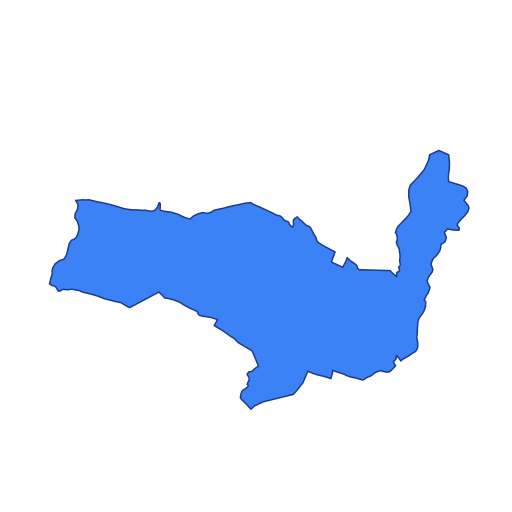 Teteles de Avila Castillo, Puebla, Mexico (Albers equal-area conic projection), rotated 195°
{"feature_id": "50627088B73546820144927", "entity_name": "Teteles de Avila Castillo", "entity_type": "district", "adm_level": 2, "iso_a3": "MEX", "parent_name": "Mexico", "parent_adm1": "Puebla", "projection": "albers", "projection_center": [-97.454, 19.852], "detail": "fine", "context": "isolated", "style": "filled", "palette": "blue", "viewbox_px": 512, "rotation_deg": 195, "n_neighbors": 0, "source": "geoboundaries", "source_scale": "gbopen_adm2", "svg_char_len": 6061}
<svg xmlns="http://www.w3.org/2000/svg" viewBox="0 0 512 512"><g transform="rotate(195 256 256)"><path d="M444.5,263.0L441.1,259.5L440.5,255.5L441.6,250.0L441.1,247.1L440.8,245.8L439.0,244.7L437.1,242.7L434.7,238.7L433.8,235.5L433.8,231.3L434.3,227.6L436.0,225.2L438.4,223.4L439.6,219.7L439.5,214.6L439.3,211.4L439.4,207.7L440.5,203.5L444.8,200.5L447.9,196.6L449.2,192.1L449.2,189.3L448.2,185.8L448.4,181.2L448.2,175.6L445.4,174.8L443.5,174.8L441.2,174.2L440.0,173.0L438.9,171.8L437.8,171.0L436.1,171.5L434.9,172.9L433.6,174.0L430.3,174.4L428.5,174.8L427.6,175.4L426.2,176.1L424.3,176.3L422.6,176.5L419.7,176.6L418.6,177.0L414.0,176.2L404.9,176.5L398.1,176.3L391.0,175.5L385.5,175.6L380.5,175.6L374.4,176.0L369.0,174.4L364.7,173.4L340.4,196.1L333.1,191.8L330.1,192.3L323.1,192.2L317.4,191.5L312.8,190.0L307.8,188.8L300.7,187.6L298.9,187.2L297.5,186.1L296.8,184.9L295.2,184.1L292.0,184.0L288.8,184.5L283.4,185.0L276.8,184.6L278.3,178.0L267.4,174.8L258.9,171.5L256.3,171.0L250.6,167.7L235.1,163.3L225.1,150.3L225.4,150.0L227.2,147.9L228.4,146.3L229.3,144.6L231.1,142.8L231.5,142.7L232.4,142.5L232.8,142.3L233.4,141.3L233.7,140.4L233.9,139.3L232.7,138.1L231.4,136.9L230.7,135.4L230.6,134.7L231.1,131.7L231.2,130.4L231.4,129.9L229.8,128.9L230.0,128.0L230.4,127.3L231.2,126.0L232.4,124.5L234.2,122.7L234.6,121.2L234.8,119.6L234.6,116.9L234.5,115.3L233.6,114.2L229.2,111.6L226.5,110.1L223.9,108.4L221.2,106.7L218.8,110.6L214.0,114.8L211.8,116.6L210.5,117.5L184.1,132.0L181.7,136.7L179.5,142.0L178.2,144.9L177.9,145.5L176.1,158.1L171.4,157.4L166.0,157.1L158.9,157.3L152.0,157.0L151.9,158.1L151.9,161.3L152.0,163.9L152.1,165.0L152.2,165.3L144.1,164.8L140.1,164.6L139.3,164.4L138.2,164.1L136.4,163.9L134.5,163.7L132.7,163.7L130.5,163.8L129.4,163.9L127.9,164.0L126.2,164.0L121.6,163.8L120.9,163.8L119.5,164.8L118.7,165.8L117.8,167.0L116.7,168.0L115.8,168.5L115.5,168.8L115.1,169.1L114.5,169.5L113.9,170.1L113.4,170.7L113.1,171.1L112.6,171.6L112.3,172.1L111.7,173.1L110.5,174.4L109.5,175.2L109.1,175.5L108.4,176.0L107.9,176.4L107.1,176.8L106.7,177.1L106.2,177.3L105.7,177.6L105.1,177.8L104.8,177.9L104.1,177.2L102.8,177.5L101.1,177.6L99.8,177.6L98.6,178.0L97.6,178.4L96.8,179.3L96.1,180.0L95.3,181.4L93.9,183.8L93.2,185.2L92.8,186.1L93.6,186.9L94.4,187.5L95.1,188.2L95.8,189.2L95.7,190.2L94.9,190.9L94.5,191.9L94.3,192.1L94.2,192.3L94.3,192.4L94.4,192.7L94.4,193.3L94.3,193.7L94.5,194.0L94.2,194.1L94.3,194.5L94.5,194.9L94.6,195.7L94.3,196.2L88.9,192.2L88.1,193.5L86.9,194.9L84.5,197.2L81.9,199.9L79.9,202.4L77.3,204.9L76.3,207.6L76.3,210.7L77.8,215.2L79.7,219.0L80.2,223.1L81.3,227.5L81.9,230.7L82.6,234.6L82.5,237.3L81.9,239.4L81.2,241.2L80.2,243.8L79.4,247.1L79.2,251.3L80.3,255.9L82.2,257.0L81.2,261.8L80.2,264.5L79.8,268.7L79.9,271.0L81.3,272.2L84.2,276.1L84.1,279.6L82.8,283.2L81.7,286.0L81.6,288.3L82.9,290.7L84.7,293.1L84.7,296.3L84.0,299.8L81.9,302.8L81.2,304.6L79.8,308.5L79.8,312.2L80.5,314.6L79.3,316.1L77.1,318.6L76.8,322.9L80.1,327.5L78.2,331.6L72.1,332.2L66.6,333.4L66.9,335.7L69.6,337.8L69.3,340.7L67.4,344.5L64.8,349.0L62.8,353.9L62.8,357.5L64.0,359.6L69.5,363.5L69.1,365.2L67.5,368.7L68.2,373.1L70.6,376.0L73.5,376.9L75.0,377.2L89.2,377.7L90.6,381.7L91.4,386.3L91.8,390.1L93.4,396.7L96.1,403.6L106.7,405.3L114.5,398.7L114.1,393.1L115.8,383.1L118.8,376.5L122.3,369.6L125.4,364.2L125.5,359.3L123.9,353.0L120.6,345.9L117.8,339.3L119.4,334.4L123.9,325.8L126.4,321.6L127.2,318.1L127.4,314.7L125.3,312.9L125.1,311.6L124.8,311.5L124.7,311.3L124.5,311.1L124.4,311.0L124.3,310.4L124.2,310.2L124.2,309.8L124.1,309.5L124.0,309.2L124.0,308.9L123.9,308.5L123.8,307.9L123.8,307.3L124.0,306.5L123.9,305.7L123.7,305.2L123.5,304.6L121.8,302.3L121.2,301.8L120.6,301.3L120.0,300.4L119.7,299.8L119.2,299.1L118.8,298.2L118.6,297.2L117.5,295.2L117.1,293.8L116.6,292.4L116.5,291.5L116.4,290.9L116.3,290.4L116.2,289.8L116.2,289.2L115.9,288.2L115.7,287.8L115.4,287.1L114.6,285.8L114.4,285.6L114.4,284.8L114.4,284.1L114.5,283.8L114.6,283.4L114.9,282.8L115.2,282.5L115.2,282.3L115.3,282.0L115.2,281.8L115.0,281.5L114.7,281.2L114.5,280.9L114.3,280.6L114.0,280.1L113.9,279.7L113.8,279.3L113.7,278.9L113.7,278.7L113.7,278.4L113.8,278.2L114.1,277.8L114.3,277.6L114.6,277.4L114.9,277.2L115.4,277.0L115.6,276.8L115.6,276.2L115.5,275.9L115.5,275.5L115.4,274.7L115.4,274.3L115.1,273.9L115.0,273.6L115.1,273.0L115.0,272.8L115.0,272.4L118.8,274.3L121.4,275.7L122.6,276.6L152.8,269.5L153.1,269.6L153.5,269.8L153.8,269.9L154.4,270.3L154.6,270.5L154.8,270.7L155.0,271.1L155.2,271.4L155.4,271.7L155.8,272.3L156.1,272.7L156.6,273.1L157.3,273.5L158.5,274.1L161.5,275.1L165.5,276.5L165.5,277.1L167.0,277.4L167.4,277.9L167.6,277.7L167.6,275.7L168.0,273.1L169.4,267.6L181.5,269.6L181.5,270.2L180.7,280.4L188.7,282.2L191.4,282.8L193.7,283.4L196.5,284.2L199.2,285.1L200.8,286.2L202.2,288.1L202.9,289.5L204.6,291.0L206.8,293.2L208.2,294.8L208.7,295.3L209.3,295.9L209.7,296.4L210.6,297.3L211.4,297.9L212.5,298.4L213.6,298.4L214.6,298.6L215.7,298.8L220.9,301.6L223.3,302.6L226.4,304.4L227.8,302.9L228.8,301.3L229.2,300.2L228.8,298.5L228.1,297.1L227.9,295.8L227.9,294.0L228.4,293.2L230.3,294.2L232.0,295.2L233.1,297.0L234.3,297.5L237.6,297.7L240.2,299.5L242.2,300.7L243.6,301.0L246.1,300.7L247.8,301.0L251.7,301.9L256.1,302.7L263.5,304.0L270.5,305.0L274.0,305.8L274.9,306.2L279.5,304.5L288.4,299.9L291.4,298.5L296.5,295.7L299.4,293.9L305.1,291.1L308.5,289.2L309.8,287.6L311.0,286.4L312.6,285.4L314.4,284.5L316.2,284.3L318.4,284.2L319.2,283.9L322.7,281.9L326.9,278.3L329.3,274.6L334.4,274.7L338.2,275.3L341.1,276.0L344.9,276.2L349.2,276.4L355.6,275.5L359.5,275.3L360.2,275.6L360.9,276.4L361.0,278.0L361.5,280.1L361.9,281.4L362.4,282.1L363.1,282.4L363.5,282.0L363.5,281.0L363.6,279.5L363.9,277.7L364.4,276.1L364.9,275.1L366.0,273.6L367.7,272.5L369.6,272.0L371.7,271.7L374.2,271.6L375.3,271.5L377.3,270.7L378.3,270.5L379.8,270.4L382.1,269.9L385.3,269.1L386.8,268.7L389.0,268.3L392.2,267.9L395.0,267.6L397.2,267.6L402.2,267.8L408.6,268.0L413.8,267.9L419.3,267.6L423.7,267.3L426.9,267.2L431.7,267.1L434.9,266.1L438.3,265.3L441.6,264.1L444.5,263.0Z" fill="#3b82f6" stroke="#1e3a8a" stroke-width="1.5"/></g></svg>